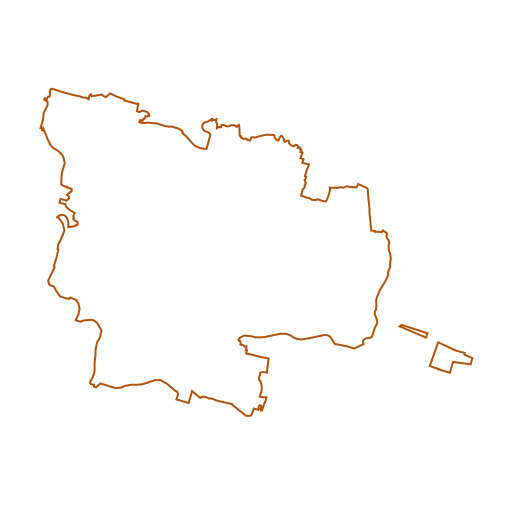 the district of Kota Madiun, Jawa Timur, Indonesia, rotated 272°
{"feature_id": "22746128B30166819315055", "entity_name": "Kota Madiun", "entity_type": "district", "adm_level": 2, "iso_a3": "IDN", "parent_name": "Indonesia", "parent_adm1": "Jawa Timur", "projection": "mercator", "projection_center": [111.53, -7.638], "detail": "fine", "context": "isolated", "style": "outline", "palette": "amber", "viewbox_px": 512, "rotation_deg": 272, "n_neighbors": 0, "source": "geoboundaries", "source_scale": "gbopen_adm2", "svg_char_len": 6013}
<svg xmlns="http://www.w3.org/2000/svg" viewBox="0 0 512 512"><g transform="rotate(272 256 256)"><path d="M171.6,366.5L174.4,365.8L176.0,366.4L177.5,368.7L177.9,371.9L179.0,374.4L181.6,375.4L187.5,376.9L193.2,379.6L196.0,379.2L200.0,377.6L201.3,376.9L202.8,376.7L204.4,376.7L206.6,377.7L209.9,378.1L216.5,377.6L220.2,378.7L223.5,380.0L225.0,380.3L235.7,386.4L241.7,388.9L242.7,388.5L244.1,388.4L248.9,390.2L253.7,390.3L258.5,390.8L262.1,390.1L267.3,388.3L271.9,388.2L273.7,388.7L276.6,387.8L278.1,386.6L279.9,385.6L283.2,386.1L286.0,382.0L284.3,380.9L284.5,376.3L284.3,373.9L285.3,373.8L285.4,370.3L299.4,368.4L305.6,367.7L306.2,367.9L318.4,366.2L325.9,365.4L326.9,365.2L327.9,364.2L331.5,355.6L328.3,354.3L328.0,352.7L328.4,348.8L328.1,347.6L328.9,345.0L328.8,344.0L327.3,340.8L327.8,337.9L326.9,334.9L327.1,333.3L326.8,330.6L326.9,327.4L324.5,327.7L319.7,326.6L314.3,324.7L313.0,323.9L313.0,322.5L313.5,320.1L314.9,315.5L314.2,314.3L313.8,312.0L314.2,309.9L315.5,307.8L316.2,304.2L317.9,299.0L323.8,300.2L325.7,301.8L327.5,302.5L328.2,302.1L328.9,302.2L330.0,303.3L333.9,301.9L335.0,302.7L337.0,303.3L337.6,302.1L343.8,303.8L349.4,305.8L350.7,299.1L354.4,300.1L355.3,296.9L361.1,298.9L361.6,296.7L363.5,297.7L364.2,296.3L365.0,296.8L366.1,295.8L365.6,294.0L366.4,294.1L367.5,293.8L368.2,293.4L368.5,292.5L368.5,291.8L367.4,290.5L367.0,289.6L367.5,287.8L368.8,286.1L369.9,285.0L371.7,284.9L372.3,284.6L372.3,283.5L371.6,281.9L371.3,281.7L371.1,280.9L371.4,280.4L372.9,279.8L373.5,280.1L376.1,278.4L376.9,277.4L377.0,277.0L375.1,275.4L372.8,274.7L372.2,274.1L372.2,273.4L374.1,271.2L374.8,270.6L377.0,270.1L377.6,269.3L377.6,262.2L376.6,258.0L374.4,250.7L374.5,247.7L374.2,247.0L371.1,246.0L371.9,243.1L372.7,242.6L373.0,241.6L372.7,241.0L372.9,240.2L372.5,239.5L374.0,236.8L374.8,237.0L375.2,236.1L375.6,236.2L376.0,235.5L384.7,234.8L386.3,234.4L386.1,233.7L384.9,233.0L384.6,232.5L384.8,232.3L384.4,232.1L385.9,229.7L385.9,226.7L384.7,224.5L384.6,223.8L384.7,221.5L385.7,219.9L385.9,217.8L385.7,217.0L384.7,216.7L383.6,216.8L383.3,215.9L383.7,214.4L382.4,212.5L386.4,212.6L389.1,211.2L391.3,211.7L389.8,207.2L391.4,207.5L391.4,206.9L388.8,203.3L387.4,199.4L385.3,197.7L382.1,197.9L379.8,199.4L378.7,201.3L378.2,203.5L377.0,205.1L375.9,206.0L375.1,206.1L361.3,202.8L361.5,198.7L362.2,195.5L363.8,191.5L366.2,188.7L373.7,181.5L376.1,178.2L377.1,178.4L377.9,177.6L378.5,177.8L380.7,173.9L382.5,166.7L382.1,165.6L382.6,160.9L385.1,151.8L385.2,147.4L385.5,144.2L385.4,142.4L385.0,140.7L385.0,137.8L385.2,136.1L385.8,134.7L387.9,135.6L387.1,137.9L389.5,139.0L389.5,140.1L391.8,140.7L391.5,142.5L392.2,143.3L392.2,144.4L393.4,144.4L394.8,143.6L396.1,142.1L397.1,138.7L397.2,137.1L395.7,134.2L396.6,131.9L403.9,133.1L404.1,132.8L403.6,132.7L406.8,119.0L408.0,118.9L410.7,110.4L413.4,104.6L409.5,100.4L411.9,95.7L409.9,86.2L411.2,85.4L411.6,85.6L411.9,85.4L410.7,84.1L408.4,83.3L406.9,83.2L408.3,80.8L408.4,77.1L409.4,74.4L410.4,68.4L412.1,60.9L413.7,54.4L415.6,48.3L416.0,45.8L415.5,44.9L413.7,44.2L412.0,44.4L411.5,44.7L408.0,44.1L408.0,42.6L405.5,41.5L406.3,39.5L404.9,38.9L402.9,42.2L399.4,42.4L394.9,40.5L391.9,38.8L385.0,38.4L376.3,36.2L376.1,38.2L374.2,37.8L374.0,38.6L376.0,39.0L364.2,44.3L361.1,46.0L358.4,47.9L356.2,50.5L355.3,52.6L353.8,54.9L351.5,57.5L349.4,59.4L346.3,60.6L341.8,61.6L333.2,59.3L329.7,58.9L320.7,58.8L318.9,62.1L318.5,64.9L317.8,64.7L317.6,66.0L316.6,69.4L314.2,69.4L312.2,66.6L310.3,65.0L309.3,66.6L307.5,67.5L306.9,67.1L304.6,64.6L305.2,63.2L306.2,58.7L302.4,57.7L301.1,63.8L300.1,63.8L299.0,64.4L296.9,66.4L295.4,68.4L292.7,73.2L289.2,71.9L287.8,72.9L286.7,72.0L285.1,73.7L284.0,76.4L281.9,76.7L281.0,76.6L280.9,75.4L280.4,75.2L280.0,74.1L279.5,73.7L278.2,67.4L282.6,67.3L285.4,66.7L287.5,65.6L289.4,64.0L290.0,63.0L290.3,60.3L289.9,58.6L288.8,56.9L287.4,55.0L288.4,56.4L285.7,58.5L283.3,60.7L281.5,61.8L274.8,63.6L270.1,62.1L264.1,59.7L260.8,58.0L255.9,57.4L255.6,58.3L246.6,56.5L238.8,54.3L237.9,55.1L223.8,49.1L220.5,50.3L219.5,51.8L218.4,55.2L214.5,57.3L208.8,61.5L207.5,66.0L206.5,70.6L206.8,71.0L207.7,71.2L207.9,72.2L205.7,78.1L205.2,78.0L202.8,80.0L198.0,81.4L196.7,81.4L191.5,80.6L185.5,78.0L184.2,82.8L185.5,85.8L186.6,94.2L185.8,96.5L183.4,99.7L176.1,104.3L173.2,103.5L170.0,103.1L166.7,101.8L165.0,100.5L161.2,99.6L157.2,99.0L150.9,99.0L143.9,98.4L136.2,98.7L132.8,98.2L128.3,96.7L125.6,95.1L123.9,94.5L122.3,95.3L121.7,97.5L121.7,98.5L119.8,98.6L119.2,100.1L119.2,101.1L123.2,104.8L119.0,120.4L119.9,126.3L121.1,128.4L121.8,130.3L123.1,136.5L123.1,140.8L123.7,146.0L124.8,149.8L128.3,159.0L128.7,164.6L125.4,171.2L122.2,175.2L121.4,176.6L119.0,179.2L118.0,180.8L118.1,181.6L115.4,182.9L109.9,181.5L106.7,193.8L118.8,196.8L112.3,205.1L112.7,205.4L113.0,206.3L112.9,207.0L113.2,207.4L113.5,207.5L113.6,207.9L113.3,210.6L112.0,214.1L112.0,216.8L110.3,221.2L109.4,225.2L107.2,237.1L106.8,237.0L96.3,251.1L96.0,252.2L96.0,254.6L96.5,256.8L103.5,259.2L102.4,263.4L106.1,264.1L106.7,264.5L107.0,265.0L106.4,266.4L106.0,266.5L105.2,266.5L102.9,265.4L102.8,265.7L103.0,266.4L102.8,266.6L101.8,266.5L101.8,267.4L108.2,269.2L112.4,271.0L115.0,271.3L115.4,264.7L120.9,266.1L124.1,266.4L128.1,265.8L131.4,264.7L132.1,263.6L133.0,263.1L136.3,263.7L137.0,264.0L139.2,264.0L140.0,265.6L140.3,266.8L140.2,268.7L139.8,270.9L154.1,272.1L155.2,264.0L156.2,260.2L156.3,258.6L156.9,257.2L158.3,249.5L161.3,250.2L161.5,249.0L162.7,249.2L162.9,249.7L165.4,249.5L165.2,248.6L165.2,247.7L165.7,247.0L166.4,246.5L167.0,243.5L168.4,243.7L169.0,243.4L170.6,243.2L170.5,242.0L171.8,241.4L173.7,242.7L176.1,247.0L175.7,253.8L174.7,258.5L174.9,264.3L175.3,267.6L179.2,283.1L179.2,289.0L177.9,293.2L175.9,296.4L174.4,300.5L174.2,304.3L175.8,312.7L179.4,326.9L179.4,329.3L179.2,330.6L178.0,332.9L170.9,337.7L168.8,350.8L166.9,357.2L171.6,366.5ZM176.1,441.1L152.1,433.5L149.4,442.5L149.1,442.4L146.1,453.8L157.0,456.6L155.3,474.3L161.5,475.8L164.7,467.7L166.4,468.0L168.6,458.6L176.1,441.1ZM192.2,403.9L190.7,402.0L180.4,428.7L184.8,430.1L192.2,403.9Z" fill="none" stroke="#b45309" stroke-width="2"/></g></svg>